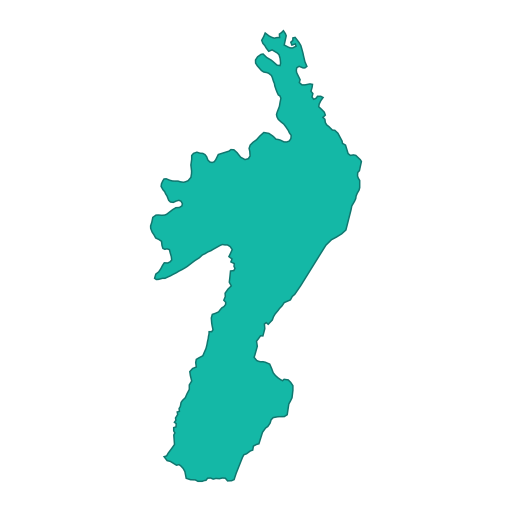 outline of Santa Rita do Novo Destino, Goiás, Brazil
{"feature_id": "56859067B8436628567433", "entity_name": "Santa Rita do Novo Destino", "entity_type": "district", "adm_level": 2, "iso_a3": "BRA", "parent_name": "Brazil", "parent_adm1": "Goiás", "projection": "natural_earth1", "projection_center": [-49.071, -14.869], "detail": "fine", "context": "isolated", "style": "filled", "palette": "teal", "viewbox_px": 512, "rotation_deg": 0, "n_neighbors": 0, "source": "geoboundaries", "source_scale": "gbopen_adm2", "svg_char_len": 5250}
<svg xmlns="http://www.w3.org/2000/svg" viewBox="0 0 512 512"><path d="M324.3,112.2L321.9,109.7L318.7,106.7L319.2,104.0L320.8,100.7L323.1,97.5L320.8,96.3L317.5,96.3L316.0,98.3L313.7,99.3L312.0,97.0L312.9,93.6L311.0,91.3L312.1,87.2L312.5,84.4L310.0,83.9L304.9,84.9L302.0,84.9L299.3,82.6L300.1,79.7L297.7,74.8L296.6,72.5L296.3,70.1L296.8,67.7L299.1,66.3L303.0,67.9L304.9,67.9L306.9,66.4L304.9,61.7L303.5,55.8L303.0,53.3L301.9,49.2L300.8,45.5L298.9,42.3L296.7,39.4L295.1,37.4L292.9,37.9L292.8,40.4L290.8,42.2L291.9,45.1L295.3,43.9L296.1,46.2L292.5,48.0L290.2,47.9L288.2,47.1L284.2,45.0L286.2,35.8L285.4,33.7L283.4,30.7L281.5,32.6L279.4,34.1L279.6,37.5L276.7,37.6L274.3,38.2L271.7,37.3L269.1,36.0L265.2,33.0L263.7,36.6L261.7,40.3L262.9,43.4L264.8,45.6L266.2,48.0L268.7,51.3L272.1,49.9L277.3,53.0L279.0,54.7L280.1,58.3L280.4,60.8L280.6,63.3L280.0,65.6L277.1,65.2L272.9,61.5L271.3,60.2L266.7,57.5L263.1,54.0L261.0,54.4L257.6,56.8L255.5,60.0L255.6,63.1L257.3,65.8L258.7,67.4L261.4,70.5L263.7,72.0L266.9,72.6L268.7,73.3L271.4,75.5L272.3,77.5L273.4,81.1L274.4,83.5L274.8,85.9L276.0,89.5L277.1,92.3L278.3,94.9L280.0,96.0L280.9,98.3L280.1,102.2L279.4,106.4L277.1,112.4L276.5,114.6L277.0,116.9L278.3,119.4L281.0,121.9L283.8,124.1L285.9,126.9L288.4,130.6L289.3,132.7L291.2,135.4L290.9,138.6L289.2,141.1L286.6,142.0L284.0,141.9L280.3,140.1L278.2,139.5L275.9,139.2L274.4,137.5L272.6,135.9L268.9,133.4L263.8,132.5L259.9,136.0L256.6,139.7L253.0,142.3L250.2,145.1L249.1,148.4L249.8,151.4L250.1,156.0L248.3,158.7L245.0,159.6L240.6,157.2L237.0,152.6L233.9,149.8L230.9,149.6L229.1,151.1L223.0,153.0L218.3,154.5L215.7,159.8L214.2,161.8L212.2,162.5L210.0,162.1L207.9,160.1L206.6,156.7L205.0,154.6L202.8,153.4L200.0,153.2L196.9,152.2L193.5,153.4L191.7,155.5L191.7,159.3L190.9,165.0L191.6,171.1L191.5,173.7L190.9,177.4L188.1,180.7L185.7,181.7L183.6,182.3L180.3,181.8L178.1,181.1L175.5,181.1L172.6,181.0L169.9,180.3L166.2,178.8L164.0,179.0L162.8,180.9L161.5,183.7L161.1,186.4L163.0,189.8L164.7,191.7L165.6,193.8L167.0,196.0L168.7,200.3L170.4,202.0L173.3,202.4L176.3,201.0L178.9,200.3L181.0,201.2L182.4,203.7L181.9,205.9L179.4,207.5L175.9,207.7L172.7,209.6L166.6,214.3L164.6,215.1L161.7,215.3L158.5,215.0L156.0,215.1L152.8,217.4L151.8,222.3L150.6,225.9L150.7,228.4L152.2,232.2L154.0,234.9L155.7,238.0L158.9,239.5L161.5,241.3L162.0,245.5L162.9,248.4L164.8,249.3L167.0,248.8L169.4,249.6L170.3,253.2L171.3,256.6L171.7,260.0L170.0,261.9L167.7,263.0L164.3,262.8L162.6,265.3L160.9,268.6L158.7,271.9L155.8,274.1L154.6,278.3L156.3,279.5L158.4,279.4L162.6,278.3L165.0,278.3L168.4,276.7L170.5,275.8L173.0,274.4L176.4,272.7L178.8,271.2L182.0,269.6L185.1,267.8L187.3,266.4L192.2,262.6L195.0,260.5L196.9,259.3L199.3,257.8L202.4,254.9L205.2,253.6L207.7,252.0L211.1,250.6L213.0,249.4L220.3,245.3L222.4,244.5L224.9,244.9L227.4,244.9L230.2,246.6L232.2,249.6L229.9,254.6L228.9,256.6L232.0,259.0L230.9,261.9L234.3,263.6L234.0,266.5L235.0,268.3L233.8,270.6L230.5,271.0L229.9,277.1L229.3,282.2L231.3,285.9L228.0,289.1L225.1,293.2L225.3,296.6L223.8,300.2L225.7,302.2L225.6,304.5L224.0,306.6L221.9,307.8L220.4,309.5L218.6,311.9L215.5,313.3L212.3,314.4L211.3,318.0L211.7,323.0L212.1,325.5L213.0,329.8L211.7,331.7L209.1,331.7L209.0,334.1L208.5,336.2L208.2,338.7L207.6,341.1L207.0,344.5L206.0,348.5L202.8,355.8L198.8,357.9L196.3,359.4L195.7,362.5L196.3,367.0L192.6,368.5L189.8,371.6L190.4,375.7L191.7,381.0L189.3,384.9L189.3,389.4L187.0,393.8L185.3,397.7L182.6,400.3L181.1,402.4L180.3,406.6L179.1,408.5L179.4,411.4L177.2,412.0L177.7,414.5L175.5,418.0L175.9,420.3L174.4,422.3L176.2,423.6L176.0,426.9L173.7,427.6L173.7,430.9L174.9,432.9L173.8,435.0L174.5,444.5L171.6,448.6L168.3,453.0L166.6,455.9L164.1,456.7L167.1,460.6L170.3,461.4L176.5,465.2L179.1,464.6L181.0,466.1L183.2,468.5L184.9,471.6L186.2,478.3L190.5,479.7L195.3,479.9L197.9,481.3L200.2,481.3L202.2,481.3L204.1,480.6L206.0,480.3L207.6,478.2L210.6,478.0L213.2,479.1L215.9,478.4L219.4,478.7L222.3,478.0L225.3,478.2L227.6,480.9L231.6,480.7L234.1,479.6L234.9,477.1L236.2,473.2L242.5,457.3L243.9,454.7L246.5,453.8L250.4,450.9L252.7,450.1L253.4,446.1L256.6,444.4L258.9,443.8L262.5,432.3L265.6,428.0L267.8,426.5L270.1,423.1L271.1,419.8L273.2,417.6L278.0,416.7L284.3,416.6L287.2,414.7L288.8,404.0L290.4,401.1L292.0,397.8L292.3,395.4L292.9,390.3L292.9,385.7L290.7,382.4L288.2,379.9L286.0,379.6L284.1,379.3L282.6,380.7L280.6,379.7L277.8,377.7L275.3,375.4L273.2,372.8L271.7,368.7L269.7,364.1L265.2,362.2L262.9,361.7L260.7,361.8L258.6,361.3L256.7,360.5L254.1,357.3L254.8,355.2L257.3,346.3L256.5,341.2L258.6,338.5L260.5,335.8L262.9,335.9L264.8,328.7L264.4,324.0L266.2,322.6L268.2,324.3L270.1,322.3L272.3,320.0L273.5,316.7L275.1,314.0L278.1,310.4L279.5,308.5L282.0,305.9L284.2,302.6L290.4,299.9L292.3,296.4L294.7,294.4L300.6,285.8L307.5,274.7L320.5,253.8L325.9,245.2L331.5,239.7L336.4,237.1L341.7,233.8L345.9,230.0L351.0,209.9L351.8,205.9L354.5,201.3L355.7,198.7L356.1,196.0L357.3,193.1L359.0,190.2L359.7,187.7L359.7,180.5L358.3,178.2L357.5,176.0L357.7,172.5L359.4,170.7L361.4,161.5L360.3,159.7L355.8,155.4L353.4,154.9L350.4,155.4L348.1,153.6L345.5,145.1L342.5,143.4L342.1,141.1L337.9,133.2L334.8,130.3L332.4,130.1L328.9,126.6L326.7,124.9L325.3,122.5L324.9,119.3L322.9,117.4L325.3,115.1L324.3,112.2Z" fill="#14b8a6" stroke="#0f766e" stroke-width="1.5"/></svg>